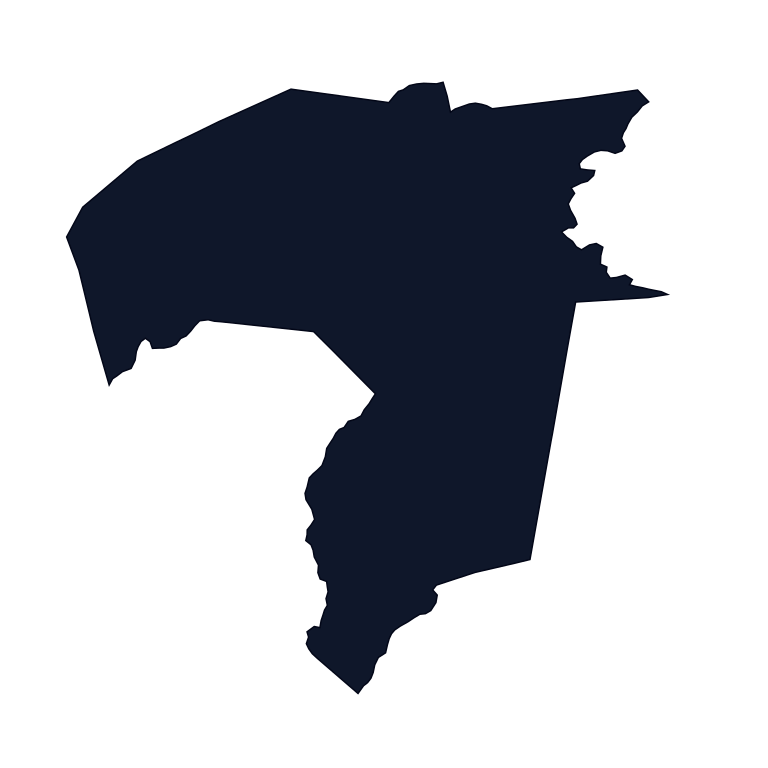 outline of Coreaú, Ceará, Brazil, rotated 353°
{"feature_id": "56859067B53706765399654", "entity_name": "Coreaú", "entity_type": "district", "adm_level": 2, "iso_a3": "BRA", "parent_name": "Brazil", "parent_adm1": "Ceará", "projection": "mercator", "projection_center": [-40.711, -3.684], "detail": "fine", "context": "isolated", "style": "filled", "palette": "ink", "viewbox_px": 768, "rotation_deg": 353, "n_neighbors": 0, "source": "geoboundaries", "source_scale": "gbopen_adm2", "svg_char_len": 2583}
<svg xmlns="http://www.w3.org/2000/svg" viewBox="0 0 768 768"><g transform="rotate(353 384 384)"><path d="M681.1,136.2L671.5,123.1L628.3,124.0L611.0,124.4L600.2,124.2L525.0,124.0L519.9,120.4L515.0,118.3L508.9,116.4L502.8,116.5L496.0,118.0L488.2,119.7L483.1,122.3L481.8,106.1L479.4,91.7L472.8,92.5L460.1,90.4L452.9,90.2L445.5,90.9L438.9,94.4L434.0,95.3L429.2,99.4L423.1,105.3L327.6,80.0L252.2,103.4L222.7,113.6L208.5,118.3L166.3,132.7L161.4,135.9L106.5,171.8L86.9,199.4L95.1,233.8L97.2,251.8L100.2,277.8L102.3,296.3L111.1,351.5L115.3,345.7L119.7,343.5L125.8,339.9L134.9,337.7L139.9,330.0L142.1,321.7L144.5,317.0L148.0,312.2L152.7,309.5L157.0,313.5L158.5,320.4L164.9,320.9L170.0,321.5L176.8,320.9L182.7,319.1L187.7,314.0L193.4,312.2L198.6,307.9L203.4,303.1L208.7,298.8L217.3,298.8L223.3,301.0L229.7,302.3L303.4,319.4L320.5,323.4L336.4,343.6L374.3,392.7L370.6,397.0L366.9,401.7L361.3,407.1L357.3,412.9L350.7,415.6L344.0,416.7L339.1,422.3L334.2,423.6L330.3,427.0L326.9,431.9L322.8,436.7L319.3,440.9L316.9,449.1L312.5,457.4L307.1,461.6L303.0,464.3L298.4,468.1L295.2,476.8L292.3,482.9L292.5,489.3L297.1,499.5L298.6,510.0L294.2,515.3L290.0,519.4L289.3,524.3L287.3,529.9L292.0,534.7L293.4,540.3L293.7,547.2L296.9,555.8L295.4,563.2L296.9,569.8L303.0,573.0L303.0,578.3L303.2,583.5L300.3,590.0L300.8,596.8L297.4,601.2L295.2,606.1L292.8,611.1L290.7,618.0L285.2,616.2L277.4,620.6L278.3,626.0L275.3,632.3L277.1,637.7L280.0,643.0L284.6,648.4L320.5,688.0L326.9,681.0L331.3,678.4L335.2,674.4L338.1,669.0L340.6,661.6L345.1,654.7L352.8,651.0L355.7,643.0L358.1,637.4L361.0,632.8L364.7,629.4L370.6,626.3L379.1,622.8L385.2,619.7L391.5,616.9L397.1,617.0L402.8,614.6L408.9,607.3L411.1,600.0L407.2,594.3L411.5,590.0L427.1,586.9L443.3,583.7L451.5,582.1L492.1,577.8L507.5,576.0L531.6,497.5L543.1,460.1L545.0,454.2L570.4,370.7L579.2,342.2L582.1,332.9L584.2,326.0L657.1,330.4L676.3,329.7L670.5,326.2L663.4,323.9L657.7,322.0L652.7,320.1L645.6,317.8L639.7,315.4L643.2,310.6L636.6,305.3L627.8,306.6L621.4,306.5L618.2,300.2L619.5,295.1L613.4,291.4L614.8,283.2L617.9,274.9L611.8,270.4L604.9,271.0L596.4,274.9L591.6,271.3L588.5,265.4L583.2,260.6L578.7,254.7L586.0,251.5L591.2,252.1L595.1,248.9L593.8,242.8L590.3,234.3L588.8,227.7L592.2,222.8L596.4,218.0L593.6,212.1L599.1,210.3L604.1,208.5L610.7,207.5L617.4,202.6L619.2,197.8L611.9,196.3L605.1,194.4L604.6,189.1L608.3,185.4L613.4,182.6L621.1,179.3L627.7,178.5L634.4,179.8L641.5,183.2L648.5,181.6L652.2,177.4L649.7,169.1L652.2,163.8L655.3,160.0L657.8,155.6L662.5,149.4L668.6,144.9L674.2,139.4L681.1,136.2Z" fill="#0f172a" stroke="#020617" stroke-width="1.5"/></g></svg>